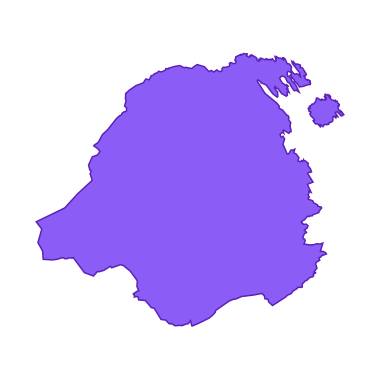 outline of Bærum nor, Oslo, Norway, rotated 265°
{"feature_id": "86288312B1963892276689", "entity_name": "Bærum nor", "entity_type": "district", "adm_level": 2, "iso_a3": "NOR", "parent_name": "Norway", "parent_adm1": "Oslo", "projection": "orthographic", "projection_center": [10.489, 59.945], "detail": "fine", "context": "isolated", "style": "filled", "palette": "violet", "viewbox_px": 384, "rotation_deg": 265, "n_neighbors": 0, "source": "geoboundaries", "source_scale": "gbopen_adm2", "svg_char_len": 6062}
<svg xmlns="http://www.w3.org/2000/svg" viewBox="0 0 384 384"><g transform="rotate(265 192 192)"><path d="M175.9,34.2L168.2,39.1L155.0,34.1L146.3,38.0L137.9,37.9L136.5,47.1L136.7,51.4L137.9,57.6L136.6,59.5L136.5,62.4L137.0,62.7L137.1,64.3L136.5,66.9L137.1,67.9L121.0,77.8L116.9,86.6L120.8,90.6L121.1,91.4L120.6,92.3L121.6,97.3L125.1,104.1L123.5,105.4L125.8,114.5L124.7,117.3L118.3,123.8L108.3,129.8L102.8,128.9L98.1,130.3L98.0,128.8L95.6,124.6L93.3,125.9L92.5,125.4L92.6,128.4L92.2,129.2L89.2,129.4L87.9,136.1L80.4,141.4L79.4,144.2L67.7,150.1L66.7,154.6L62.9,157.6L62.4,158.9L62.9,159.8L60.2,163.5L60.2,168.4L59.7,170.6L61.0,174.6L61.1,176.8L64.0,179.3L58.7,180.1L58.5,180.6L60.4,186.5L64.8,197.9L68.0,202.5L70.3,204.8L71.9,205.2L80.0,219.2L81.5,223.8L81.6,226.4L83.6,232.4L84.0,244.3L84.8,252.7L82.4,255.0L79.2,255.4L78.5,258.5L75.9,258.7L71.9,262.3L79.0,275.8L81.0,278.4L82.1,282.0L84.4,283.8L86.7,288.4L87.9,289.2L87.4,292.4L87.8,293.6L90.6,293.8L93.4,296.8L94.1,298.9L96.6,301.8L96.9,304.7L97.8,305.9L99.5,305.6L100.3,307.7L100.9,308.0L101.0,306.9L101.7,306.5L105.3,309.9L109.2,308.9L111.0,309.4L112.9,313.3L115.4,312.8L116.0,314.6L117.2,315.7L118.6,320.5L120.0,319.7L121.4,317.4L121.7,314.7L129.7,317.9L129.0,315.0L129.6,312.0L128.9,308.6L129.0,304.5L130.5,299.0L133.5,300.5L135.2,300.2L135.7,298.8L137.3,298.6L140.9,300.4L141.3,302.1L141.9,302.6L144.1,300.6L146.3,303.8L148.4,304.6L150.0,303.0L150.1,300.0L151.7,299.3L151.8,298.5L153.1,298.4L154.4,301.5L157.8,304.9L157.3,306.5L158.0,308.2L157.7,309.5L158.8,310.5L160.5,316.6L161.3,316.5L164.8,319.8L165.7,319.4L166.9,316.0L168.2,316.0L170.5,312.4L172.8,311.4L174.7,307.2L176.6,307.6L176.7,308.4L179.4,307.4L180.7,308.5L182.5,308.5L181.3,310.6L189.3,307.7L190.0,308.8L191.3,313.4L200.5,308.8L201.1,309.6L201.6,312.8L204.9,312.0L208.1,309.8L210.5,310.3L213.4,307.2L213.3,306.4L214.4,305.9L213.4,305.6L212.9,304.6L213.8,304.0L212.8,302.5L213.7,300.3L216.8,301.5L220.8,299.1L222.1,296.8L225.7,298.1L224.9,296.1L225.2,294.2L221.7,291.7L221.7,290.1L231.7,286.8L236.8,288.9L239.6,287.5L239.0,286.6L239.0,285.5L241.9,284.7L243.5,287.7L242.6,288.5L245.1,288.0L245.6,288.8L242.0,293.6L243.6,295.0L243.4,295.9L243.8,296.1L249.3,295.4L252.4,296.4L255.9,294.4L257.7,295.1L259.5,294.5L260.6,292.9L265.7,289.4L268.0,285.9L269.9,286.4L273.0,284.4L283.9,273.3L296.5,266.8L297.7,266.9L297.8,267.7L295.7,270.3L294.8,270.2L292.2,275.2L282.7,281.1L279.1,285.1L279.4,285.8L284.0,286.0L288.4,283.3L289.9,284.0L288.0,285.1L288.0,286.1L287.3,286.7L282.3,289.8L279.2,294.3L280.0,295.5L283.2,295.3L283.5,296.4L282.6,297.4L284.8,296.8L286.3,295.3L286.6,296.5L288.2,295.9L289.0,297.1L290.6,295.7L289.8,295.2L292.8,291.4L297.0,289.4L298.2,289.5L299.6,291.5L299.1,293.7L297.7,295.0L293.4,296.6L291.1,299.4L289.8,299.4L284.4,302.3L283.9,303.1L284.2,304.9L282.2,307.4L289.7,304.7L294.3,300.9L296.2,300.7L298.3,299.2L299.3,297.3L302.9,297.1L303.8,298.2L302.4,301.3L300.5,301.1L299.7,300.0L299.3,300.8L297.3,301.4L295.1,303.5L293.4,303.7L290.7,306.5L287.3,308.1L287.5,311.9L288.7,316.3L288.7,319.1L289.9,319.6L291.6,318.3L290.9,319.4L292.6,319.3L293.9,317.1L293.3,316.7L294.6,315.0L297.9,313.6L298.2,313.9L297.5,314.8L299.3,316.2L305.9,312.9L306.6,311.6L306.4,310.5L309.0,311.0L310.5,307.8L309.7,306.7L313.0,304.3L311.7,304.0L313.0,302.9L311.3,303.2L301.7,309.4L297.5,310.1L300.4,307.5L300.7,306.4L300.3,305.3L301.1,303.7L304.6,301.2L307.8,302.0L309.2,301.4L310.8,300.4L311.5,298.9L311.4,298.1L316.4,296.3L317.7,295.0L317.9,293.4L316.9,295.0L315.6,294.8L317.4,292.2L317.8,291.3L317.6,290.4L319.6,287.7L318.3,287.6L319.2,286.6L315.5,287.3L314.6,286.1L317.7,283.6L316.7,282.8L317.5,281.5L316.8,281.0L317.7,278.9L317.3,279.1L317.4,278.3L318.2,277.3L317.5,276.8L317.8,275.2L319.2,272.8L319.3,271.7L317.9,271.7L318.3,270.2L317.1,270.9L316.5,270.0L317.2,268.4L319.8,267.9L320.8,267.2L321.7,265.1L322.4,265.0L323.4,263.1L323.1,262.0L322.6,262.8L321.6,262.0L321.5,260.5L323.0,258.1L324.7,258.8L324.7,259.8L325.0,256.5L325.5,255.6L324.0,253.0L324.0,252.2L324.7,252.4L322.9,247.5L319.2,246.2L318.4,247.5L316.8,246.8L316.3,245.6L316.4,243.9L317.3,242.9L317.6,241.4L316.5,240.4L314.9,240.9L314.1,240.1L313.3,236.9L313.5,233.9L312.3,232.7L310.0,232.3L309.5,230.4L310.1,228.8L311.5,227.4L309.6,224.0L311.4,221.9L310.5,219.4L315.7,215.3L318.5,208.2L316.4,204.3L315.2,203.2L315.2,202.0L316.8,196.3L316.4,195.1L319.0,190.9L318.7,186.4L317.4,179.5L316.4,178.7L317.2,177.8L317.2,176.7L315.5,175.8L314.5,172.8L314.4,171.2L315.2,169.5L313.6,167.1L313.1,164.9L311.9,163.9L311.4,161.5L307.5,159.2L308.6,155.8L305.0,153.0L302.9,145.5L299.0,138.6L295.9,134.5L290.1,133.8L288.8,134.4L283.6,132.3L281.1,134.3L278.0,133.5L277.7,131.0L276.5,129.1L275.0,128.5L274.1,126.2L271.7,123.1L261.6,113.6L257.0,107.8L249.8,103.1L247.0,98.5L246.5,98.2L243.2,102.0L240.4,103.8L237.1,101.1L235.8,95.8L227.9,91.3L222.8,92.1L221.8,93.5L219.0,92.1L212.3,93.6L200.4,78.2L187.2,63.8L175.9,34.2ZM265.1,315.1L262.1,315.7L261.4,317.5L260.3,317.2L259.9,316.3L257.7,316.8L254.5,319.7L252.9,320.3L252.3,319.6L253.1,318.6L251.2,319.5L249.0,321.1L249.0,323.1L245.1,325.9L248.0,325.0L248.1,325.6L245.7,328.1L247.9,329.8L247.2,332.2L247.8,333.2L247.5,334.1L249.2,334.7L249.4,336.7L250.5,338.4L254.5,338.9L254.6,340.1L254.0,341.0L254.3,341.0L253.4,341.7L255.3,342.2L254.3,342.6L254.2,343.9L258.4,341.7L259.1,342.3L259.2,343.7L254.8,347.2L255.0,348.7L256.6,348.4L255.8,349.0L255.9,349.9L258.9,348.1L258.7,347.2L259.3,347.7L260.3,346.7L260.4,346.1L259.8,346.5L260.3,345.5L264.1,344.7L265.4,345.4L264.9,346.0L266.4,346.4L268.1,344.8L269.7,344.6L269.7,343.7L271.5,342.5L269.1,343.1L270.7,342.1L271.2,339.8L273.8,337.2L274.4,337.3L274.3,338.2L274.7,338.4L276.1,337.6L275.7,337.4L276.4,336.7L275.0,337.0L276.8,335.7L276.7,335.0L277.8,333.2L276.7,332.8L272.6,334.5L275.3,332.9L275.3,332.3L272.8,333.5L271.9,333.0L272.7,332.0L272.3,330.6L273.2,329.5L272.5,329.2L273.5,328.7L272.4,328.9L272.3,328.0L274.6,325.4L274.7,324.2L271.6,323.2L269.3,321.0L268.9,320.1L269.2,319.4L268.0,318.3L267.7,317.1L265.6,317.1L266.2,316.2L265.0,316.3L265.1,315.1Z" fill="#8b5cf6" stroke="#5b21b6" stroke-width="1.5"/></g></svg>